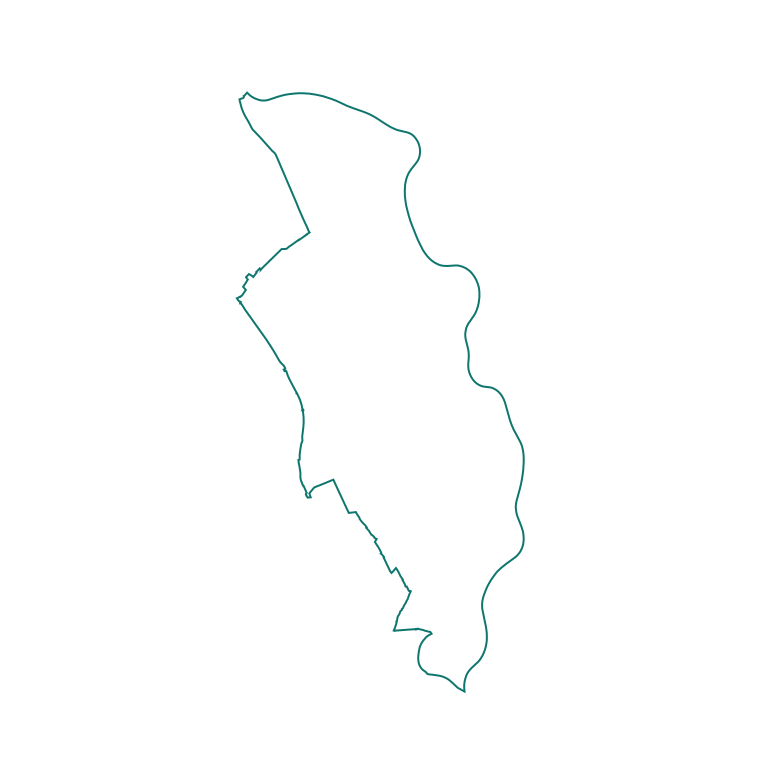 the district of Oss, Noord-Brabant, Netherlands, rotated 74°
{"feature_id": "6326949B89866166978709", "entity_name": "Oss", "entity_type": "district", "adm_level": 2, "iso_a3": "NLD", "parent_name": "Netherlands", "parent_adm1": "Noord-Brabant", "projection": "robinson", "projection_center": [5.54, 51.778], "detail": "fine", "context": "isolated", "style": "outline", "palette": "teal", "viewbox_px": 768, "rotation_deg": 74, "n_neighbors": 0, "source": "geoboundaries", "source_scale": "gbopen_adm2", "svg_char_len": 6018}
<svg xmlns="http://www.w3.org/2000/svg" viewBox="0 0 768 768"><g transform="rotate(74 384 384)"><path d="M66.2,435.3L68.4,438.8L68.5,439.5L69.5,439.6L70.0,440.1L70.3,440.5L70.4,441.0L70.3,442.0L70.4,442.7L70.5,444.4L71.4,444.6L79.9,444.8L84.5,444.3L87.9,443.7L95.0,441.9L102.3,440.4L103.2,440.1L113.5,434.7L129.1,427.2L131.9,425.4L133.3,425.0L136.0,424.5L188.6,417.9L188.9,418.0L189.8,417.9L204.1,416.0L213.4,414.5L213.5,414.6L217.2,414.1L217.8,413.8L219.0,417.5L219.2,417.4L222.2,426.2L221.9,426.2L225.2,435.5L225.9,437.7L226.9,439.8L227.1,440.2L227.1,441.1L226.2,444.9L226.1,445.2L226.4,445.8L233.0,458.0L234.4,460.8L234.6,460.9L238.7,468.6L240.1,470.8L239.9,470.7L239.6,470.9L239.7,471.0L238.6,471.5L241.2,476.0L241.9,475.8L245.1,480.2L243.3,481.4L241.1,483.5L243.2,487.1L243.4,487.2L246.0,486.1L249.1,489.4L251.6,492.6L251.8,492.6L255.5,490.9L259.5,495.7L259.9,496.6L260.0,496.6L260.5,497.9L260.3,497.9L261.1,501.8L264.0,500.8L264.5,500.5L265.1,499.7L265.2,500.0L266.3,499.7L266.4,499.9L266.7,500.0L266.7,499.3L267.0,499.3L267.0,499.9L267.2,499.5L267.4,499.4L267.4,499.1L267.5,499.1L270.9,498.0L273.6,497.3L280.7,494.8L309.0,484.8L320.6,481.3L325.5,480.0L331.7,478.5L333.5,478.0L335.8,477.0L338.4,475.5L339.6,475.1L340.8,474.8L342.0,474.7L342.2,475.1L342.5,476.4L344.2,476.0L344.4,474.5L344.6,474.4L349.0,474.2L352.8,473.7L360.2,472.2L368.4,470.4L368.9,470.8L369.1,470.7L369.2,470.2L370.7,469.9L374.0,469.4L376.7,469.1L381.8,469.0L385.9,469.4L386.2,469.6L386.1,468.9L386.8,468.7L386.9,469.2L387.0,469.2L387.1,469.3L393.5,470.4L398.5,471.7L403.2,473.4L412.2,477.2L415.9,478.0L416.8,478.5L418.2,479.7L419.2,480.3L425.7,483.3L428.9,484.6L433.4,485.9L433.4,487.2L436.7,487.8L436.7,487.7L438.1,487.8L445.6,488.7L448.0,489.3L450.7,490.1L453.1,490.4L454.4,490.4L456.5,490.1L457.6,490.1L459.8,489.7L459.7,489.4L460.7,489.2L465.2,488.6L465.9,488.7L467.0,488.4L467.5,488.4L468.3,489.5L468.6,489.5L470.1,489.2L470.2,489.3L470.7,489.2L472.0,488.7L471.9,488.5L472.2,488.3L472.4,487.5L472.7,485.7L468.5,485.9L464.2,479.6L463.3,470.5L462.0,459.1L498.2,453.4L499.4,446.3L502.2,445.7L505.6,444.5L506.8,444.6L508.9,443.9L512.2,442.4L514.6,441.0L517.1,440.1L517.4,440.7L521.5,438.7L521.8,438.6L522.5,438.6L525.5,437.6L526.6,436.6L527.8,435.9L528.2,435.7L529.2,435.6L529.8,435.1L530.6,434.2L530.9,433.8L533.4,436.3L539.8,434.3L540.9,434.0L545.3,433.2L546.1,433.8L546.3,433.4L550.3,431.7L550.4,432.1L550.5,432.2L565.6,429.7L567.7,428.9L566.2,426.2L564.2,423.3L567.0,422.3L570.0,421.7L573.4,421.1L577.1,419.8L577.3,420.2L577.7,420.2L582.4,419.1L584.0,419.2L584.5,419.1L584.8,418.9L585.0,417.9L589.0,417.3L589.8,417.0L589.9,416.5L590.5,416.0L590.5,415.8L590.4,415.6L590.6,415.4L593.0,417.5L597.5,420.7L599.1,422.4L600.8,423.8L602.1,425.4L602.9,426.2L604.3,427.2L605.1,428.4L605.4,428.6L605.4,428.8L605.7,428.8L606.2,429.3L606.8,430.7L607.2,431.1L609.4,432.6L610.1,433.4L611.1,434.7L612.6,435.6L615.2,436.8L615.4,437.2L615.9,437.7L616.1,437.7L616.1,437.4L616.7,437.6L621.4,440.7L623.7,442.6L624.3,441.7L624.2,441.1L626.7,428.9L627.6,424.9L628.5,419.7L628.8,420.0L628.8,419.8L628.6,419.6L628.5,419.3L631.2,414.3L632.6,412.4L634.6,408.9L635.1,407.8L637.2,407.1L637.6,409.2L638.3,411.8L638.9,413.2L639.7,414.4L640.3,415.2L641.4,417.0L642.6,418.4L644.0,419.9L646.6,422.1L651.3,424.5L655.4,426.2L657.2,426.8L661.3,427.5L663.2,427.5L665.6,427.1L668.2,426.3L670.4,424.8L672.2,423.3L674.8,422.1L675.8,420.1L676.9,417.3L678.3,414.2L680.0,410.6L681.6,408.0L683.7,405.5L685.3,403.9L686.9,402.7L690.6,400.3L696.3,396.9L701.8,391.4L697.6,390.5L695.0,389.7L692.4,388.6L689.9,387.2L687.3,385.5L685.9,384.4L683.9,382.3L682.2,379.9L681.2,378.3L677.1,370.2L675.8,368.2L674.1,366.2L671.9,363.9L669.8,362.1L666.8,359.9L664.2,358.4L661.7,357.1L659.1,356.0L656.5,355.1L651.4,353.8L646.2,353.0L628.2,351.6L625.7,351.2L623.1,350.5L620.5,349.6L617.9,348.3L615.4,346.8L611.1,343.7L608.6,341.7L606.3,339.7L602.3,335.6L599.0,331.6L596.0,327.6L594.8,325.5L592.8,321.5L590.3,315.4L586.6,305.3L585.6,303.3L584.3,301.3L582.7,299.2L580.5,297.2L579.0,296.0L577.0,294.7L574.4,293.5L571.8,292.5L569.2,291.9L566.7,291.4L564.1,291.1L558.9,291.2L548.6,292.2L546.1,292.3L543.5,292.1L540.9,291.7L538.3,291.2L535.8,290.2L533.2,289.0L522.9,282.7L517.8,279.8L512.6,277.2L507.5,274.9L504.9,273.8L502.3,272.9L497.2,271.1L492.0,269.7L489.5,269.2L486.9,268.8L484.3,268.6L481.7,268.5L479.2,268.7L476.6,269.1L463.7,271.9L458.5,272.6L453.4,272.9L434.9,272.8L430.6,273.3L427.2,274.2L424.5,275.3L422.4,276.5L420.4,278.0L418.6,279.8L417.4,281.3L416.6,282.7L414.0,288.8L412.9,290.8L411.2,292.8L409.5,294.4L407.0,296.1L404.4,297.3L401.8,298.1L399.2,298.6L396.7,298.8L394.1,298.8L391.5,298.4L388.9,297.8L381.2,295.0L378.6,294.3L376.1,293.8L373.5,293.5L363.2,293.1L360.6,292.7L358.0,292.0L355.5,290.9L352.9,289.5L351.8,288.7L349.5,286.6L342.9,278.6L340.9,276.5L338.4,274.5L335.5,272.5L332.3,270.7L327.2,268.5L324.6,267.7L322.0,267.0L319.5,266.5L316.9,266.2L314.3,266.2L311.7,266.4L309.2,266.7L306.6,267.3L304.0,268.1L301.4,269.2L299.1,270.4L296.3,272.5L294.3,274.5L292.7,276.5L291.4,278.5L290.4,280.5L289.8,282.5L288.0,290.6L287.4,292.6L286.6,294.7L285.6,296.7L284.2,298.7L282.4,300.7L280.7,302.4L278.2,304.3L275.6,305.9L273.0,307.2L270.4,308.2L267.9,309.1L265.3,309.8L260.1,310.8L255.0,311.7L249.8,312.3L239.5,313.3L234.4,313.7L229.2,313.8L224.1,313.7L218.9,313.5L213.8,312.9L208.6,312.0L203.5,310.6L198.3,308.8L195.7,307.5L193.2,306.1L190.6,304.3L188.0,302.1L185.0,298.6L180.7,292.6L179.1,290.5L177.0,288.5L175.2,287.3L172.6,286.0L170.0,285.1L167.4,284.6L164.9,284.4L162.3,284.5L159.7,284.9L157.1,285.7L154.6,286.7L152.0,288.3L149.8,290.5L148.4,292.6L143.9,300.6L142.4,302.7L139.0,306.7L134.7,310.7L125.4,318.8L121.4,322.8L119.6,324.9L116.5,328.9L110.8,337.0L106.3,343.0L99.2,351.1L97.6,353.1L94.6,357.2L90.6,363.2L87.3,369.3L84.5,375.3L82.3,381.4L81.1,385.4L80.2,389.5L79.2,395.5L78.7,399.6L78.6,403.6L78.6,407.7L79.0,415.7L79.0,417.8L78.8,419.8L78.3,421.8L77.6,423.8L76.5,425.8L75.1,427.8L73.5,429.9L71.4,431.9L69.5,433.4L66.2,435.3Z" fill="none" stroke="#0f766e" stroke-width="2"/></g></svg>